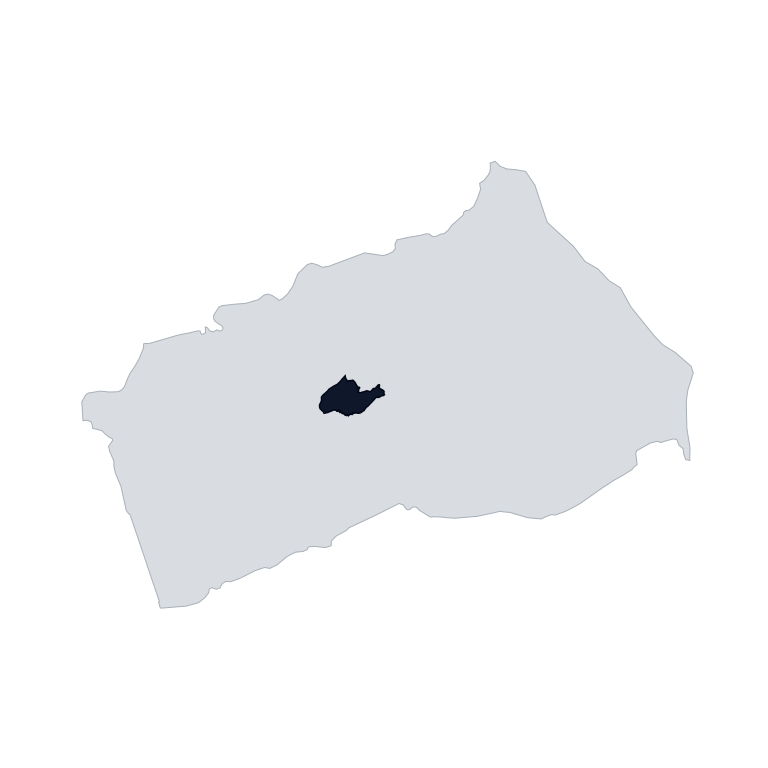 location of East Gonja Municipal, Northern, Ghana, rotated 252°
{"feature_id": "2480657B20562210440652", "entity_name": "East Gonja Municipal", "entity_type": "district", "adm_level": 2, "iso_a3": "GHA", "parent_name": "Ghana", "parent_adm1": "Northern", "projection": "natural_earth1", "projection_center": [-1.128, 8.347], "detail": "fine", "context": "in_parent", "style": "filled", "palette": "ink", "viewbox_px": 768, "rotation_deg": 252, "n_neighbors": 0, "source": "geoboundaries", "source_scale": "gbopen_adm2", "svg_char_len": 7350}
<svg xmlns="http://www.w3.org/2000/svg" viewBox="0 0 768 768"><g transform="rotate(252 384 384)"><path d="M460.5,91.1L465.6,96.7L466.8,99.9L464.9,112.0L461.2,120.4L458.9,128.4L459.2,132.3L461.5,136.2L469.2,142.5L473.2,146.5L477.9,152.6L483.3,158.6L492.6,166.4L496.5,167.8L496.3,169.9L495.1,172.9L494.2,201.9L493.5,209.3L492.9,213.1L492.0,223.9L491.1,225.5L489.3,225.4L487.7,225.8L487.3,227.9L487.9,230.1L493.5,231.7L492.3,233.3L488.2,234.8L486.3,238.1L487.1,241.8L484.8,244.8L485.5,246.8L486.9,248.3L489.3,247.7L495.8,242.7L498.6,242.2L501.9,243.2L508.2,250.8L508.5,254.6L505.9,267.3L503.5,277.1L503.0,290.3L505.7,297.6L505.3,301.7L502.5,305.2L496.0,310.2L496.5,313.7L499.4,320.1L504.9,327.3L515.5,336.2L521.2,347.8L521.3,352.5L518.0,357.3L514.2,361.3L513.0,367.3L514.7,406.1L506.3,422.9L506.2,427.7L507.1,433.3L509.3,436.7L513.6,437.6L517.1,440.9L515.9,452.7L514.1,464.8L513.8,470.6L512.7,473.4L509.4,475.6L508.2,479.4L509.1,484.1L508.4,487.6L510.2,492.1L514.1,497.7L520.2,511.6L522.6,512.7L523.7,515.6L523.0,518.5L525.4,524.6L532.3,530.8L539.5,536.1L545.3,536.9L546.7,541.7L550.5,547.8L553.3,550.5L557.7,552.3L561.3,553.2L561.5,558.4L555.0,561.9L550.6,567.2L547.2,575.4L542.5,584.3L526.4,589.0L520.2,589.0L487.2,589.2L456.3,606.8L438.5,613.0L427.5,622.9L412.7,630.0L402.5,638.5L381.1,642.6L346.0,656.0L335.1,661.3L324.0,670.7L305.9,681.6L298.8,681.5L284.7,671.3L274.1,666.1L248.1,658.3L228.7,655.3L219.3,651.9L216.8,651.3L218.9,647.6L224.4,647.4L230.0,648.5L234.3,645.7L240.7,645.3L242.3,642.4L242.8,635.0L242.8,629.1L245.0,626.4L245.6,619.4L242.5,603.8L240.3,602.0L229.0,599.8L228.1,596.7L226.1,593.5L223.9,585.5L221.5,573.5L217.5,558.7L209.9,534.3L208.1,525.7L206.8,516.9L206.5,506.4L208.1,502.5L207.8,497.1L207.1,491.7L212.5,479.2L223.0,464.0L225.3,458.5L227.2,454.7L227.5,449.3L229.4,431.5L234.4,410.1L237.6,402.0L239.7,397.6L242.3,390.5L243.0,387.1L252.7,378.8L257.1,376.5L258.1,373.2L256.6,369.6L257.2,367.1L259.6,365.9L263.1,364.9L265.7,361.4L261.7,335.0L258.4,308.7L258.2,306.4L256.3,302.8L254.3,291.9L251.1,285.5L246.5,283.7L246.5,277.7L251.2,267.5L252.4,261.6L250.2,259.8L249.8,255.2L251.4,247.7L250.7,243.1L249.8,238.2L245.1,226.7L243.9,218.5L246.4,213.7L246.3,203.3L243.7,187.2L243.3,177.0L245.1,172.7L244.3,168.7L240.8,164.9L240.6,161.1L243.5,157.5L243.2,154.7L239.5,152.6L236.2,147.7L233.3,139.8L233.9,127.2L239.4,104.0L240.1,102.0L246.3,102.2L246.4,103.2L265.7,102.9L287.9,102.7L314.3,102.4L338.3,102.1L339.4,101.1L343.4,99.8L367.6,102.2L382.8,101.0L389.3,101.7L394.0,103.3L404.4,102.3L410.0,102.9L414.3,108.7L416.0,108.6L418.3,106.2L422.5,103.4L426.8,101.2L429.8,96.7L431.7,93.2L434.4,93.9L438.4,93.7L441.1,90.8L442.1,86.4L460.5,91.1Z" fill="#d9dde1" stroke="#a8b0b8" stroke-width="1"/><path d="M364.3,353.9L364.3,354.1L364.2,354.3L364.3,354.4L364.4,354.6L364.7,355.1L364.9,356.9L366.1,358.2L367.3,360.0L367.7,361.2L367.9,361.8L372.3,370.0L372.9,370.7L373.7,372.6L373.7,372.8L373.7,373.0L373.1,374.0L373.0,374.3L373.1,374.9L372.9,375.2L373.0,376.1L373.2,376.4L373.2,376.6L373.3,376.7L373.3,377.1L373.4,377.4L373.5,377.6L373.5,378.4L373.5,378.7L373.3,379.2L373.2,379.4L373.3,379.6L373.4,379.8L373.3,380.0L373.4,380.3L373.5,380.4L373.6,380.5L373.6,380.9L373.8,380.9L373.8,381.0L374.1,380.9L374.3,380.9L374.5,380.9L374.7,381.1L375.2,381.0L375.3,381.1L375.7,381.3L375.9,381.3L375.9,381.1L376.0,381.1L376.3,381.1L376.6,381.5L376.7,381.4L376.8,381.5L376.9,381.4L377.0,381.4L377.7,381.5L377.7,381.4L377.9,381.2L378.1,381.1L378.3,381.1L378.5,381.0L378.8,380.6L379.0,380.6L379.1,380.3L379.2,380.2L379.2,379.9L379.3,379.8L379.5,379.8L379.5,379.7L379.6,379.4L379.7,379.2L379.9,379.3L379.9,379.2L380.0,379.1L380.3,379.0L380.3,378.9L380.5,378.9L380.9,378.6L381.0,378.6L381.4,378.4L381.6,378.5L381.8,378.4L382.0,378.3L382.0,378.2L382.6,378.0L382.9,378.2L382.9,378.4L383.1,378.3L383.4,378.5L383.6,378.8L383.6,379.0L383.8,379.2L384.0,379.2L384.6,379.4L384.8,379.3L384.8,379.2L384.8,378.8L384.8,378.4L384.7,378.1L384.7,377.8L384.4,377.7L384.4,377.4L384.2,377.2L384.0,376.8L383.6,376.7L383.5,376.3L383.6,376.2L383.6,375.9L383.5,375.7L383.4,375.6L383.3,375.4L382.9,375.3L382.4,375.0L382.3,374.6L382.5,374.2L382.9,373.4L383.0,373.1L382.7,372.2L382.8,372.1L381.3,369.6L380.7,368.8L381.7,367.4L381.8,367.2L383.0,365.4L382.8,364.6L382.8,363.5L382.9,362.6L382.8,361.8L382.8,361.4L383.0,361.0L382.9,360.5L383.0,360.0L383.0,359.8L383.0,359.2L383.1,358.2L383.4,358.0L383.5,358.0L383.6,357.9L383.7,357.7L383.8,357.5L384.0,357.4L384.3,356.9L384.5,356.8L384.5,356.6L385.0,356.9L385.0,357.1L385.1,357.4L385.4,357.8L385.9,358.0L386.3,358.0L387.0,358.0L387.2,358.9L387.9,359.7L388.8,359.2L389.0,357.9L389.2,357.7L389.5,357.5L390.3,357.9L391.1,357.5L392.3,357.4L392.6,357.2L392.9,357.1L393.4,357.1L393.7,356.9L393.8,357.1L394.1,357.0L394.9,356.8L395.4,356.5L396.0,356.3L396.2,356.0L396.4,356.0L396.6,355.7L396.9,355.7L397.3,355.5L397.2,355.1L397.5,353.6L398.0,351.6L397.9,351.2L397.5,350.9L397.6,350.3L400.1,349.6L402.1,349.3L403.8,349.6L401.6,345.7L400.2,343.7L398.2,339.7L397.4,335.1L396.1,330.2L395.1,328.7L394.5,327.5L393.7,325.9L393.4,325.2L393.1,324.3L392.1,322.2L391.4,321.2L391.0,320.6L390.2,320.2L389.4,320.0L387.6,319.5L387.0,318.9L386.4,318.6L385.1,317.2L383.9,316.2L382.7,315.8L381.9,315.6L380.2,315.6L378.8,316.4L378.0,316.6L377.4,317.2L377.0,317.4L376.2,317.8L374.7,317.9L374.4,319.9L374.6,320.8L374.3,321.4L374.2,322.0L374.5,322.7L374.5,323.4L374.5,324.0L374.5,324.8L374.5,325.9L374.9,327.2L374.9,327.7L374.5,328.9L373.9,329.9L373.9,330.2L373.8,330.4L373.4,330.8L373.3,331.0L373.2,330.9L373.0,331.0L372.7,331.0L372.6,330.9L372.5,331.1L372.6,331.4L372.4,331.6L372.7,332.0L372.9,332.0L373.0,332.2L373.0,332.5L373.1,332.9L373.1,333.2L373.0,333.3L372.9,333.2L372.7,333.6L372.3,333.6L372.3,333.4L372.3,333.2L372.3,332.9L371.9,332.7L371.8,332.8L371.8,333.1L371.6,333.1L371.6,333.4L371.2,333.4L370.9,333.2L370.6,333.3L370.8,333.6L370.7,333.8L370.9,334.1L370.8,334.3L370.8,334.6L370.7,334.7L370.6,334.8L370.3,335.0L370.2,334.8L369.9,334.8L369.7,335.0L369.6,334.9L369.5,335.0L369.4,334.9L369.3,335.0L369.1,335.2L368.8,335.2L368.7,335.4L368.6,335.9L368.6,336.1L368.5,336.4L368.4,336.4L368.2,336.6L368.2,336.4L367.9,336.5L367.7,336.7L367.7,337.0L367.3,337.0L367.1,337.1L366.9,337.1L366.7,337.2L366.6,337.3L366.8,337.4L366.7,337.5L366.4,338.0L366.3,337.9L366.2,338.0L365.8,338.3L365.6,338.6L365.6,339.1L365.5,339.4L365.4,339.6L365.3,340.0L365.3,340.4L365.2,340.4L365.3,340.5L365.2,340.6L365.3,340.7L365.3,340.9L365.4,341.0L365.5,340.9L365.7,341.1L365.9,341.1L365.9,341.4L365.9,341.6L365.7,341.7L365.9,341.8L365.9,342.0L365.6,342.1L365.6,342.4L365.7,342.5L365.6,342.9L365.4,343.0L365.5,343.0L365.4,343.2L365.6,343.1L365.6,343.3L365.8,343.4L365.7,343.6L365.6,343.8L365.6,344.0L365.7,344.3L365.9,344.6L365.7,344.7L365.8,344.8L365.8,345.0L366.0,345.1L365.8,345.4L366.0,345.6L365.9,345.6L366.0,345.7L366.0,345.8L365.8,345.8L365.9,346.0L365.7,346.1L365.6,346.3L365.4,346.2L365.4,346.5L365.4,346.9L365.5,346.9L365.4,347.2L365.5,347.3L365.5,347.2L365.7,347.4L365.7,347.6L365.5,347.9L365.5,348.1L365.4,348.0L365.2,348.3L365.3,348.4L365.1,348.5L365.2,348.8L365.0,349.2L364.8,349.4L364.6,349.5L364.4,349.7L364.3,350.1L364.2,350.3L364.2,350.6L364.0,350.8L364.0,351.0L364.1,351.3L364.1,351.5L364.2,351.9L363.8,352.1L364.0,352.3L364.2,352.5L364.1,352.9L364.2,353.1L364.2,353.4L364.1,353.5L364.3,353.8L364.3,353.9Z" fill="#0f172a" stroke="#020617" stroke-width="1.5"/></g></svg>